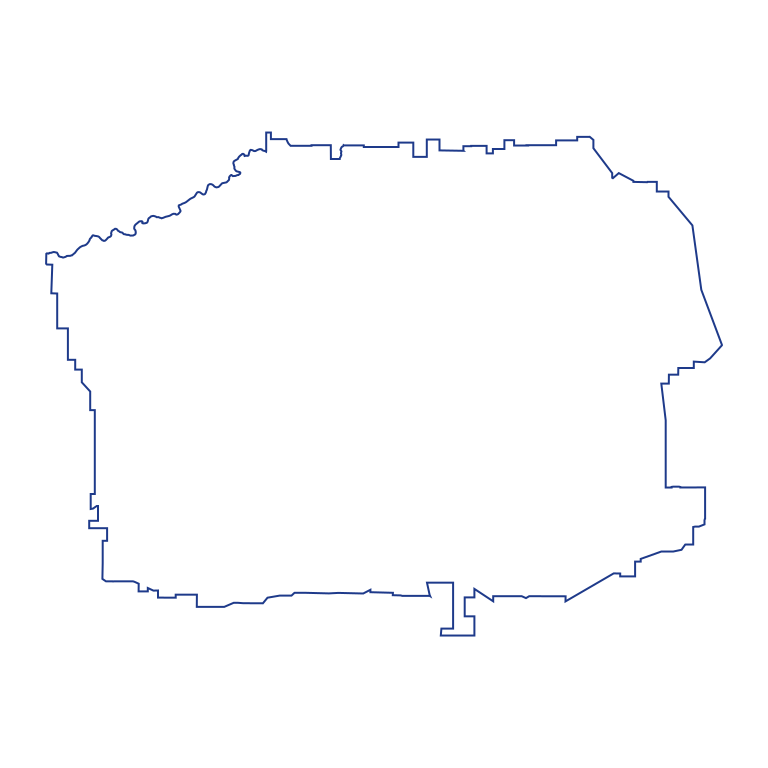 Cuballing, Western Australia, Australia (Mercator projection)
{"feature_id": "25037944B92991223821328", "entity_name": "Cuballing", "entity_type": "district", "adm_level": 2, "iso_a3": "AUS", "parent_name": "Australia", "parent_adm1": "Western Australia", "projection": "mercator", "projection_center": [117.035, -32.74], "detail": "fine", "context": "isolated", "style": "outline", "palette": "blue", "viewbox_px": 768, "rotation_deg": 0, "n_neighbors": 0, "source": "geoboundaries", "source_scale": "gbopen_adm2", "svg_char_len": 6017}
<svg xmlns="http://www.w3.org/2000/svg" viewBox="0 0 768 768"><path d="M94.8,410.1L94.8,494.0L90.7,494.0L90.7,509.0L93.0,508.6L96.7,506.0L98.0,506.0L98.0,520.8L89.2,520.8L89.2,528.2L107.1,528.2L107.1,540.8L102.7,540.8L102.7,563.2L102.4,578.9L105.9,581.3L112.5,581.3L113.0,581.5L113.9,581.3L132.9,581.3L134.5,581.8L138.7,583.7L138.6,591.4L147.8,591.4L147.8,588.0L153.4,590.6L158.0,590.5L158.0,597.6L175.7,597.7L175.7,594.7L196.9,594.7L196.8,606.9L224.2,606.9L233.7,602.8L237.9,602.8L243.2,603.2L262.9,603.3L267.5,597.7L279.7,595.6L291.5,595.6L294.4,592.9L294.6,592.8L305.3,592.8L328.9,593.4L338.4,592.9L363.2,593.5L370.4,589.8L370.4,592.2L392.9,592.8L392.8,595.2L400.7,595.4L402.3,595.9L429.7,595.9L430.2,596.2L429.6,594.8L427.0,582.7L453.1,582.7L453.1,628.6L441.4,628.6L440.8,635.5L474.4,635.5L474.4,616.3L464.7,616.3L464.7,597.4L474.4,597.4L474.4,588.9L493.2,601.3L493.2,596.2L521.7,596.2L526.0,598.1L529.2,596.2L565.6,596.3L565.5,601.4L613.7,573.4L620.2,573.5L620.2,576.4L635.1,576.4L635.1,561.6L640.7,561.6L640.7,558.9L661.4,551.5L673.4,551.5L681.5,549.8L685.2,544.6L685.7,544.5L693.2,544.5L693.2,527.0L695.0,526.6L698.9,526.6L704.5,524.4L704.5,520.2L704.9,518.8L705.1,518.7L705.1,487.4L680.4,487.5L680.4,487.0L679.2,486.7L672.9,486.7L671.6,486.9L671.6,487.5L665.7,487.5L665.7,420.3L661.3,383.6L668.8,383.6L668.9,374.7L678.2,374.7L678.3,368.0L693.8,368.0L693.8,361.6L704.7,362.3L710.1,358.4L721.9,345.3L721.9,344.8L701.3,289.8L692.4,225.4L668.5,196.8L668.5,191.5L656.8,191.5L656.8,181.9L647.4,181.9L647.2,182.2L633.4,181.9L633.4,180.8L618.8,173.1L612.9,178.2L612.2,177.8L612.2,173.1L593.4,148.2L593.4,139.9L589.7,136.8L589.4,136.9L577.2,136.9L577.2,140.4L556.1,140.4L556.1,145.2L527.2,145.2L527.4,145.5L514.1,145.5L514.1,140.2L504.4,140.2L504.4,149.0L492.9,149.0L492.9,153.4L486.6,153.4L486.6,145.9L471.2,145.9L471.2,146.2L463.4,146.2L463.4,150.7L463.5,150.8L439.5,150.4L439.5,139.5L426.8,139.5L426.8,156.9L413.3,156.9L413.3,142.6L398.5,142.6L398.5,147.0L363.8,147.0L363.8,145.4L343.9,145.4L343.6,145.2L343.5,145.6L343.4,145.8L342.9,146.3L342.1,146.7L341.5,147.3L341.0,148.3L340.7,149.1L340.5,149.5L340.6,150.2L340.8,150.4L341.2,151.1L341.4,151.3L341.0,153.1L341.0,153.5L341.2,154.0L341.3,155.0L341.2,155.4L341.0,155.6L340.9,156.1L340.0,157.9L339.7,158.5L339.7,159.0L330.9,159.0L330.8,145.2L311.5,145.2L311.5,145.8L290.6,145.8L288.6,143.7L287.9,142.6L287.3,141.3L286.8,140.2L286.5,139.1L285.3,139.1L270.9,139.1L270.9,132.5L266.2,132.5L266.2,150.9L266.1,151.7L264.9,151.0L263.5,150.7L262.3,150.2L261.9,149.5L261.7,149.4L260.5,149.1L259.8,149.1L258.8,149.4L257.5,149.9L255.5,151.0L254.9,151.1L253.9,151.0L252.4,150.2L251.0,149.9L250.6,149.9L250.2,150.2L249.8,150.8L249.0,153.1L248.6,155.2L248.4,155.5L248.0,155.7L247.7,155.8L245.7,155.7L244.6,156.0L244.4,155.7L244.5,155.1L244.3,154.7L243.9,154.3L243.2,153.9L242.5,153.9L242.0,154.1L241.6,154.7L240.8,155.1L239.1,156.7L238.2,158.0L238.1,158.3L237.8,159.0L234.4,160.9L233.8,161.5L233.5,162.2L233.4,162.9L233.4,163.7L233.9,164.7L233.9,165.4L234.5,166.9L234.3,168.0L234.4,168.5L234.7,169.2L235.9,170.8L236.6,171.3L239.7,172.1L240.2,172.4L240.3,172.6L240.3,172.9L240.2,173.5L240.0,173.9L239.2,174.3L238.5,175.0L237.3,175.1L235.5,175.9L232.8,176.1L231.5,175.0L231.2,175.0L230.7,175.3L229.7,176.3L229.3,177.0L229.1,177.4L229.2,178.7L228.9,180.0L226.8,182.1L226.3,182.4L222.4,183.2L222.0,183.4L219.0,186.6L218.4,187.0L216.9,187.3L216.2,187.3L215.4,187.0L214.9,186.8L214.3,186.4L213.4,185.4L212.5,184.7L211.6,184.3L210.8,184.1L209.8,184.1L208.4,184.9L207.9,185.7L207.6,186.7L207.1,188.9L206.8,189.9L206.3,190.9L206.0,192.2L205.1,193.9L204.5,194.3L203.5,194.5L202.7,194.3L202.1,193.9L200.1,192.4L199.4,192.2L198.5,192.1L197.5,192.3L196.9,192.8L194.6,196.4L194.2,196.8L193.2,197.4L190.7,198.6L189.8,199.2L186.1,202.1L184.6,202.9L182.1,203.8L181.4,204.4L179.2,205.2L178.8,205.4L178.7,206.2L178.7,206.6L179.0,207.3L180.5,210.7L180.5,211.2L180.2,211.8L179.7,212.4L178.2,214.0L177.5,214.4L176.7,214.6L176.3,214.6L176.0,214.5L175.4,213.9L174.1,213.8L173.4,213.8L172.1,214.3L170.2,215.5L168.9,216.0L165.6,216.8L163.2,217.8L161.5,218.3L160.8,217.9L160.0,217.8L158.4,217.1L157.1,217.2L156.7,217.2L156.0,216.7L155.3,216.4L153.6,215.9L152.4,216.0L151.0,216.4L149.7,217.6L148.8,218.2L148.3,219.0L147.8,221.1L147.5,221.9L147.2,222.4L146.6,222.9L145.9,223.0L145.1,223.3L143.3,223.4L142.5,223.2L142.2,222.9L142.2,222.7L142.4,222.2L142.5,221.9L142.0,221.3L141.4,221.2L140.1,221.3L139.6,221.4L139.0,221.7L137.6,222.9L135.4,224.7L134.6,225.9L134.3,226.9L134.2,228.5L134.4,229.0L134.7,229.6L135.2,230.0L135.4,230.4L135.7,231.4L135.6,232.0L135.8,232.8L135.7,233.2L135.4,234.1L135.2,234.4L133.2,235.5L130.4,235.6L128.7,234.9L127.6,234.9L126.2,234.7L125.7,234.5L125.3,234.3L124.0,234.2L123.6,234.0L122.4,232.7L121.9,232.5L120.8,232.3L120.2,232.1L119.9,232.0L119.1,231.3L118.1,230.8L117.1,229.5L116.6,229.1L115.9,228.8L115.0,228.8L113.5,229.9L112.7,230.3L112.0,230.8L111.7,231.2L111.2,232.9L111.1,233.6L111.4,234.4L111.3,234.9L111.1,235.7L110.7,236.3L109.7,237.0L108.6,237.3L108.3,237.6L107.9,237.7L107.5,238.3L107.2,238.6L106.7,239.2L105.9,240.0L105.2,240.6L104.2,240.9L103.8,240.9L103.4,240.6L102.3,240.3L99.9,237.9L99.3,237.1L98.4,236.5L96.8,236.1L94.6,235.8L94.2,235.7L93.9,235.5L93.0,235.3L92.4,235.7L92.0,236.4L91.5,237.0L91.5,237.3L90.1,238.7L89.7,239.4L89.6,240.1L89.2,240.9L88.4,242.2L87.1,243.8L85.6,245.0L83.9,245.6L82.4,245.9L81.9,246.2L80.5,246.9L79.8,247.4L77.4,249.6L75.7,251.8L75.2,252.6L71.9,255.4L71.5,255.3L70.4,255.8L68.5,255.9L67.8,255.9L66.8,256.0L66.6,256.1L66.5,256.3L65.4,256.9L63.4,257.5L63.0,257.5L62.4,257.4L62.0,257.1L60.1,256.8L59.5,256.4L59.0,256.3L58.8,256.0L57.9,254.3L57.7,253.8L57.0,252.7L54.9,252.2L53.8,252.0L52.1,252.4L51.8,252.6L51.2,252.8L49.5,252.9L49.3,253.2L48.6,253.6L48.2,253.4L47.5,253.4L47.3,253.5L46.8,253.4L46.3,253.8L46.3,254.3L46.1,263.7L46.8,264.5L52.3,264.7L51.3,293.3L57.2,293.5L57.2,328.4L67.9,328.4L67.9,359.8L75.2,359.8L75.2,369.6L81.8,369.6L81.8,382.3L90.2,391.5L90.2,410.1L94.8,410.1Z" fill="none" stroke="#1e3a8a" stroke-width="2"/></svg>